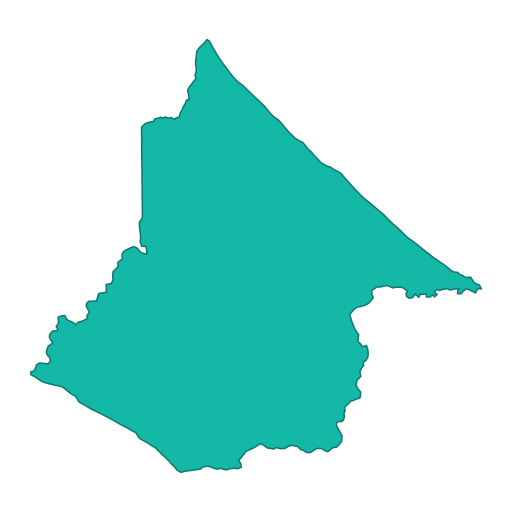 Beberibe, Ceará, Brazil (Albers equal-area conic projection)
{"feature_id": "56859067B34230482126015", "entity_name": "Beberibe", "entity_type": "district", "adm_level": 2, "iso_a3": "BRA", "parent_name": "Brazil", "parent_adm1": "Ceará", "projection": "albers", "projection_center": [-38.102, -4.362], "detail": "fine", "context": "isolated", "style": "filled", "palette": "teal", "viewbox_px": 512, "rotation_deg": 0, "n_neighbors": 0, "source": "geoboundaries", "source_scale": "gbopen_adm2", "svg_char_len": 5410}
<svg xmlns="http://www.w3.org/2000/svg" viewBox="0 0 512 512"><path d="M360.5,395.3L360.6,392.0L357.8,388.6L356.0,385.2L356.5,382.1L357.4,379.7L359.2,378.2L360.8,376.3L359.8,372.0L361.6,367.9L363.7,365.3L363.2,362.3L365.9,360.5L367.9,357.1L368.2,352.4L367.5,348.1L366.3,345.5L362.3,346.7L360.5,343.8L358.0,341.7L358.2,338.1L358.7,334.6L356.6,331.8L354.8,329.2L353.6,325.8L352.6,323.6L351.5,320.6L350.6,317.5L349.7,314.5L354.0,309.4L356.9,307.3L362.8,305.9L365.5,305.0L368.6,303.3L371.2,300.5L373.2,297.6L372.0,294.5L371.5,290.7L374.9,288.4L377.1,286.9L379.7,287.1L384.8,286.0L387.2,285.5L390.6,286.9L393.2,287.9L396.1,287.1L398.8,287.3L401.8,287.3L405.0,289.0L407.3,291.3L406.0,293.6L406.6,296.4L409.1,298.3L412.7,297.5L415.1,294.1L418.8,297.3L420.0,294.3L423.2,294.3L426.4,293.8L426.3,296.9L430.2,297.0L432.4,294.9L434.5,296.8L437.1,294.6L434.3,291.9L437.2,289.5L439.7,290.5L442.8,289.3L447.6,288.7L449.8,290.0L452.3,289.5L455.0,289.0L458.9,289.0L457.8,291.2L457.6,293.7L461.1,293.7L463.2,291.2L466.0,289.0L469.1,289.7L472.6,291.5L475.5,292.9L477.8,288.7L481.3,288.9L479.5,285.1L474.9,283.2L473.1,281.0L470.5,277.1L468.1,277.5L465.3,277.3L462.9,275.7L459.7,274.4L457.8,272.4L454.0,272.0L451.0,270.6L449.2,268.8L443.7,264.5L441.0,262.7L439.0,261.4L436.4,259.5L434.1,258.1L431.4,255.9L429.3,254.3L426.0,251.7L422.5,249.0L419.1,246.2L416.5,244.0L413.5,241.7L410.7,239.7L407.5,237.5L404.5,234.6L399.6,229.7L397.1,227.5L395.2,225.8L392.9,223.9L390.3,221.3L388.1,219.2L384.7,215.7L382.3,213.4L379.7,211.4L376.3,208.4L373.0,205.6L370.9,203.9L368.3,201.7L365.3,199.4L363.2,197.6L360.1,194.5L358.2,192.4L355.2,189.4L351.8,185.8L349.2,182.9L346.7,180.1L344.9,177.9L343.0,175.9L341.3,173.7L338.6,171.8L334.4,169.9L330.6,167.1L327.0,166.1L321.6,163.1L319.5,161.0L317.5,158.8L315.8,157.0L314.0,155.2L311.0,151.6L308.1,149.1L306.6,147.1L304.9,145.0L302.7,142.4L298.5,140.4L294.6,137.8L291.6,134.7L289.5,132.9L287.6,130.6L285.1,127.8L283.0,125.1L279.4,120.9L277.0,118.9L274.6,117.5L271.4,114.5L269.0,111.9L267.0,109.2L264.0,105.7L260.8,102.7L258.7,100.6L255.3,97.5L253.6,95.8L250.1,92.5L247.6,90.2L245.9,88.5L244.2,86.8L242.3,85.0L238.7,82.5L235.4,79.4L233.2,77.0L230.4,73.5L228.8,71.3L222.8,63.3L218.6,57.2L214.0,49.7L210.7,43.6L209.5,41.1L206.8,39.6L204.4,42.8L199.9,47.1L198.0,49.4L196.7,51.6L196.4,54.3L196.2,57.3L195.7,60.0L195.6,62.4L195.7,65.7L196.3,68.6L196.0,72.1L195.0,75.1L195.9,78.8L193.2,81.7L191.8,83.9L189.4,86.9L187.6,90.1L188.5,94.6L189.3,99.3L186.7,100.0L185.2,103.7L183.3,106.7L182.0,110.1L180.1,113.3L179.3,117.0L176.6,117.7L173.8,119.2L171.1,117.4L168.8,118.3L165.5,117.0L163.0,118.2L160.7,117.3L157.7,118.3L154.9,118.8L153.3,121.6L149.0,122.2L145.5,123.4L141.7,127.0L141.6,131.1L141.6,133.5L141.6,136.4L141.7,140.7L141.7,145.4L141.7,148.6L141.7,153.1L141.8,160.7L141.9,164.0L141.9,167.4L142.0,170.5L142.0,173.8L142.0,177.2L142.0,180.3L142.1,183.3L142.1,187.3L142.1,192.2L142.2,195.6L142.2,198.8L142.3,201.4L142.3,204.0L142.4,207.2L142.4,209.9L142.4,213.0L142.5,216.1L141.8,218.7L139.4,222.1L139.4,226.9L139.8,229.4L140.3,233.2L140.7,237.9L140.1,241.2L140.9,243.9L141.6,246.3L145.5,246.2L146.6,249.5L146.8,254.2L143.5,253.4L140.6,252.4L138.9,250.2L136.8,247.8L133.3,246.6L127.2,249.4L124.1,251.2L122.4,253.2L122.0,256.0L122.5,259.0L120.5,260.3L117.9,262.4L118.1,266.7L115.4,269.2L113.0,271.8L112.6,275.9L113.1,279.6L111.3,283.5L106.3,284.4L106.3,289.4L106.3,292.4L101.2,293.0L98.8,293.5L97.7,296.8L96.6,300.9L92.0,301.2L88.9,301.2L87.0,302.8L86.1,305.7L87.6,308.9L89.4,312.0L87.1,315.3L87.1,318.7L83.3,320.6L81.0,321.5L78.1,322.2L75.8,324.6L72.7,322.3L67.9,320.2L66.1,318.4L65.0,315.6L62.4,315.7L60.1,316.3L58.0,317.3L58.3,320.2L58.6,323.1L56.2,326.5L58.2,330.0L55.6,331.0L52.9,330.9L51.1,332.5L49.6,334.9L49.4,337.3L50.6,339.8L52.8,342.5L50.6,344.6L48.3,345.9L47.1,349.4L46.3,352.0L47.2,355.0L50.0,358.0L50.3,361.4L48.2,363.7L43.8,363.5L39.9,362.9L36.7,364.7L35.4,368.2L34.0,371.1L30.7,372.0L30.9,374.7L34.9,376.8L37.9,378.9L39.8,380.3L42.1,381.5L44.9,382.6L47.5,383.4L50.7,384.2L54.6,385.1L58.6,385.9L61.9,386.8L64.1,388.1L66.4,390.1L68.3,391.6L70.2,393.2L73.1,394.9L75.7,396.5L77.1,398.6L78.6,401.6L81.8,403.6L84.5,405.0L87.1,406.6L89.7,408.2L91.8,409.4L95.0,410.9L97.8,412.2L101.0,413.7L104.4,415.6L109.6,418.3L113.5,420.4L116.4,422.2L119.5,423.9L122.7,425.5L125.0,426.8L128.0,428.4L131.0,430.1L133.5,431.5L136.2,433.1L138.3,436.8L140.0,438.7L142.4,440.0L145.4,441.7L148.5,443.5L151.7,445.7L155.6,447.9L158.3,450.8L160.1,452.4L162.5,454.9L164.9,457.1L168.6,460.7L171.0,463.4L172.9,465.2L175.0,467.4L177.2,470.1L180.9,472.4L184.4,471.3L191.5,470.4L195.7,469.7L200.2,469.2L202.9,467.0L208.0,466.1L211.1,467.2L216.7,469.2L221.3,468.3L223.6,469.4L226.8,469.9L229.1,469.0L231.4,468.5L234.1,468.3L237.9,468.6L241.2,467.4L240.9,464.0L238.9,460.5L246.0,451.4L253.5,447.9L255.9,446.6L258.0,445.2L260.1,443.8L262.7,444.7L267.4,448.0L270.9,448.4L273.4,449.1L276.1,447.6L280.7,448.7L285.0,448.4L288.8,446.1L291.8,445.4L294.2,445.8L297.7,446.5L300.4,449.4L303.8,450.6L306.5,452.5L310.3,452.7L313.2,450.7L316.2,448.7L318.9,448.4L321.6,448.4L324.7,450.5L327.7,451.8L330.5,449.7L333.0,447.6L336.3,447.2L338.8,444.9L341.6,441.4L342.1,435.8L340.7,433.3L338.9,430.0L336.6,426.0L336.3,423.1L338.9,421.3L341.4,421.7L343.3,420.2L344.4,417.2L344.0,413.3L345.1,410.6L344.4,407.9L346.3,405.4L348.7,403.5L350.5,401.1L353.1,400.6L356.2,399.1L359.8,398.1L360.5,395.3Z" fill="#14b8a6" stroke="#0f766e" stroke-width="1.5"/></svg>